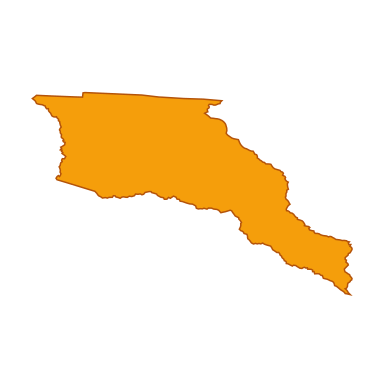 Nova Brasilândia D'Oeste, Rondônia, Brazil (Equal Earth projection), rotated 93°
{"feature_id": "56859067B60784939031691", "entity_name": "Nova Brasilândia D'Oeste", "entity_type": "district", "adm_level": 2, "iso_a3": "BRA", "parent_name": "Brazil", "parent_adm1": "Rondônia", "projection": "equal_earth", "projection_center": [-62.21, -11.628], "detail": "fine", "context": "isolated", "style": "filled", "palette": "amber", "viewbox_px": 384, "rotation_deg": 93, "n_neighbors": 0, "source": "geoboundaries", "source_scale": "gbopen_adm2", "svg_char_len": 4884}
<svg xmlns="http://www.w3.org/2000/svg" viewBox="0 0 384 384"><g transform="rotate(93 192 192)"><path d="M196.0,290.6L196.4,289.0L198.4,286.9L199.7,286.0L200.8,284.8L201.5,283.0L202.7,281.1L202.1,278.2L202.5,276.2L201.7,274.6L201.5,271.3L199.8,270.3L199.9,268.5L200.9,267.8L201.4,265.3L202.0,263.4L200.8,261.8L200.4,260.3L200.7,257.7L200.7,256.3L199.5,254.4L199.7,251.9L198.7,249.3L197.0,248.3L197.1,245.8L196.6,243.5L197.4,241.9L196.8,240.2L194.9,238.8L193.8,234.8L193.8,232.8L194.7,232.2L195.2,229.9L195.9,227.2L197.2,226.3L198.8,223.0L199.2,220.1L200.7,219.3L200.5,216.7L198.6,215.1L199.4,213.3L197.1,210.3L198.0,207.7L199.9,206.6L200.1,204.2L201.8,203.4L202.0,201.2L203.3,196.8L204.0,193.7L204.1,190.8L205.7,187.6L208.0,186.8L208.6,184.8L208.2,182.7L208.3,180.7L207.6,179.2L208.3,176.1L207.2,174.8L207.1,171.6L207.9,169.4L208.1,166.2L208.9,164.3L211.2,162.1L210.5,159.8L209.9,157.5L208.2,152.9L208.7,151.4L210.2,150.4L212.1,148.8L213.7,147.6L215.2,144.1L216.6,143.8L218.0,142.3L219.8,141.0L220.9,141.7L222.7,141.5L224.4,141.8L226.7,142.8L228.1,141.2L228.5,139.7L229.4,138.5L230.7,137.9L231.4,134.9L233.3,134.2L234.3,134.2L235.8,133.8L237.0,132.2L239.7,130.0L240.7,127.9L240.0,125.9L240.4,124.1L239.9,122.4L240.2,120.6L239.3,118.7L240.3,117.0L241.1,114.3L241.9,110.6L243.9,109.2L245.4,108.4L246.0,107.3L246.7,106.1L248.0,104.0L247.8,102.3L249.2,101.1L250.3,100.8L251.3,99.3L252.9,98.6L254.3,96.8L255.8,96.2L256.2,94.9L257.1,94.1L258.5,94.1L258.7,92.3L260.0,89.6L260.7,87.9L259.8,86.8L260.0,84.5L261.0,83.0L261.7,81.6L262.4,80.4L262.6,78.2L261.7,77.0L261.3,75.7L262.0,74.3L261.7,72.8L263.0,72.5L263.0,68.9L263.7,67.5L265.2,67.4L265.1,66.0L267.3,65.2L267.0,62.5L267.1,60.6L268.5,58.8L268.6,57.4L269.9,56.9L271.3,56.3L271.7,54.4L272.0,52.5L272.6,50.9L273.3,49.4L273.8,47.4L274.8,45.9L276.4,45.1L278.0,44.7L278.6,42.8L280.1,40.7L281.3,39.2L282.2,37.9L283.0,36.3L284.2,34.6L285.4,33.7L285.6,31.9L286.2,28.6L284.3,30.7L283.1,31.4L281.9,32.4L280.6,34.0L280.0,32.7L278.2,31.8L276.6,31.8L275.0,31.6L273.3,29.5L272.1,29.0L271.4,27.9L269.9,27.7L267.5,29.8L266.3,30.3L265.5,32.0L264.7,33.1L263.6,35.1L262.1,35.6L260.9,35.8L256.7,32.1L255.3,32.7L254.0,34.6L252.0,34.2L251.3,35.5L249.5,35.6L248.0,34.0L247.0,32.9L245.3,32.6L244.4,30.9L241.1,29.2L239.8,29.3L238.9,30.0L237.9,31.5L236.2,30.7L236.3,32.6L234.6,33.2L233.6,32.3L233.3,34.2L232.6,35.1L232.4,37.6L232.6,39.5L232.1,41.7L231.8,46.1L231.0,47.1L230.1,49.1L229.3,50.5L229.1,51.9L229.7,53.3L228.9,55.2L228.6,59.0L228.0,61.3L227.1,62.9L226.8,64.5L226.9,66.8L225.8,67.9L224.5,68.3L224.3,70.4L223.7,72.7L222.2,73.4L221.3,72.5L220.4,73.6L220.1,76.1L219.7,78.0L218.6,77.6L217.2,78.5L216.0,79.4L215.1,80.4L214.4,82.6L213.8,85.3L212.3,85.4L211.6,87.1L210.3,88.3L209.0,89.3L207.9,90.9L207.6,92.9L206.6,93.7L205.8,95.2L205.7,96.6L204.2,97.0L202.6,96.3L200.6,95.2L199.1,93.5L197.7,94.5L196.4,95.2L195.3,96.2L194.1,97.8L192.2,98.5L191.2,97.9L190.1,98.0L188.7,98.1L187.0,97.3L185.3,97.5L184.2,95.9L183.0,96.4L181.2,96.9L178.9,97.2L177.1,96.4L176.3,98.1L174.9,99.4L173.8,99.9L172.8,99.3L171.6,100.0L170.5,102.4L168.5,101.7L167.4,102.7L167.0,104.2L165.8,105.3L164.6,110.5L163.5,112.2L162.2,113.3L160.2,114.7L160.0,116.5L160.1,119.7L158.7,121.2L158.4,123.0L157.3,124.3L156.5,125.9L155.4,127.1L154.6,128.6L152.9,128.6L151.4,129.4L150.9,131.3L149.3,132.2L148.0,133.1L148.1,134.4L147.6,136.4L146.0,139.8L145.5,141.9L144.1,144.0L142.1,145.9L140.3,147.0L137.3,148.4L136.6,153.1L136.0,155.1L133.3,159.4L131.7,160.9L130.6,160.8L129.0,160.4L126.3,160.7L122.6,162.0L121.4,162.9L120.1,164.2L119.0,165.9L118.0,168.3L117.6,170.4L117.5,172.6L117.3,174.2L117.2,177.2L115.6,179.1L114.6,180.5L112.7,183.5L111.6,181.7L111.1,180.4L109.2,181.1L108.2,180.9L107.2,179.5L106.2,179.2L104.6,180.1L103.6,179.4L103.5,178.0L103.5,176.5L104.1,174.7L103.9,172.9L102.7,170.5L102.2,168.6L100.9,168.4L99.3,167.0L98.7,185.5L99.1,205.2L98.9,225.6L98.9,230.0L97.8,247.2L98.3,304.1L98.7,306.0L103.0,306.3L103.2,314.3L103.5,338.0L103.6,352.4L104.6,353.4L106.0,355.0L107.0,356.3L108.0,355.0L108.9,353.6L110.4,352.6L111.7,351.9L112.2,350.4L112.5,348.5L112.7,346.0L113.4,344.5L113.8,343.1L115.2,342.6L116.5,341.5L116.3,339.8L118.4,339.5L119.7,338.4L120.7,337.3L121.9,336.7L123.3,335.9L124.1,334.4L124.3,332.5L123.9,331.3L125.1,330.6L126.3,329.1L127.8,329.1L128.5,327.9L130.0,327.6L132.3,326.9L134.0,326.0L135.4,327.0L136.9,327.6L138.1,326.8L139.9,326.6L141.6,325.3L143.2,325.5L144.4,325.3L145.6,323.6L146.9,322.7L147.6,323.6L148.6,323.0L149.1,321.3L150.2,321.5L151.5,321.6L153.5,324.3L154.1,325.4L155.2,324.5L156.8,325.7L157.1,324.0L158.1,324.5L159.4,323.1L160.3,323.8L161.9,321.4L163.1,319.9L165.5,321.1L165.5,323.2L167.1,323.9L168.5,323.2L169.6,324.5L170.9,324.9L172.4,325.0L173.8,326.0L175.7,325.0L177.5,324.6L179.1,324.8L180.6,323.8L182.2,324.3L183.5,325.1L182.6,326.3L183.6,327.5L185.4,328.5L186.8,327.5L188.9,318.9L196.0,290.6Z" fill="#f59e0b" stroke="#b45309" stroke-width="1.5"/></g></svg>